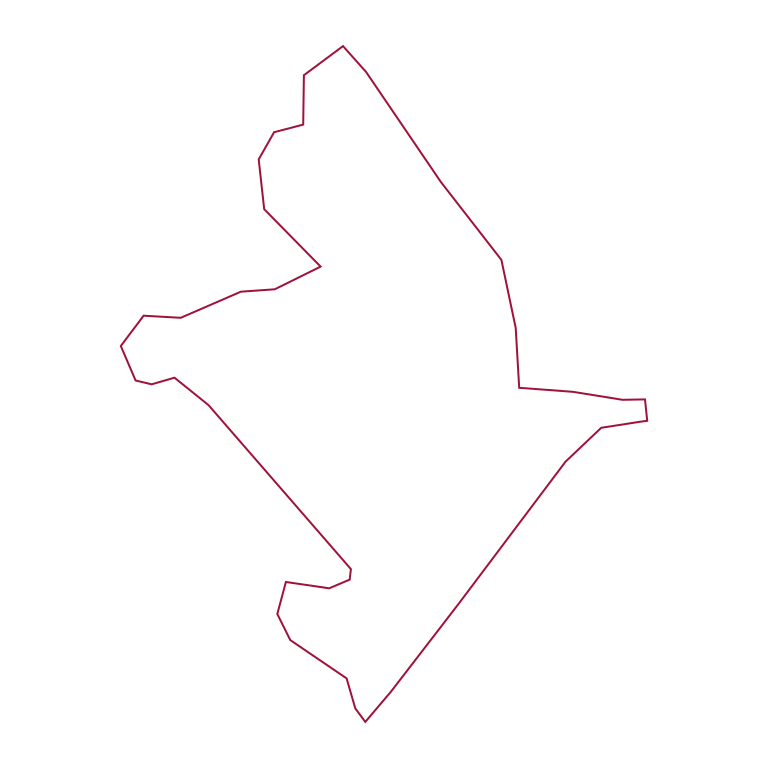 Midlothian, Mercator projection, rotated 90°
{"feature_id": "GBR-2024", "entity_name": "Midlothian", "entity_type": "Unitary District", "adm_level": 1, "iso_a3": "GBR", "parent_name": "United Kingdom", "parent_adm1": "", "projection": "mercator", "projection_center": [-3.084, 55.83], "detail": "fine", "context": "isolated", "style": "outline", "palette": "rose", "viewbox_px": 768, "rotation_deg": 90, "n_neighbors": 0, "source": "natural_earth", "source_scale": "10m", "svg_char_len": 654}
<svg xmlns="http://www.w3.org/2000/svg" viewBox="0 0 768 768"><g transform="rotate(90 384 384)"><path d="M399.4,123.0L420.8,120.8L420.9,121.3L421.8,128.4L427.8,166.8L461.7,202.5L603.7,309.3L691.6,377.0L721.9,402.7L708.4,412.7L678.4,421.4L640.1,477.7L614.0,490.7L582.0,482.1L588.3,438.8L579.6,418.3L569.1,417.1L405.1,559.5L377.7,593.5L384.3,616.4L380.5,632.4L346.0,647.2L315.7,624.4L317.8,587.3L291.7,527.2L289.3,493.3L266.6,447.4L209.2,503.8L159.4,509.3L132.2,493.9L124.6,464.8L75.2,464.1L46.1,425.0L72.0,401.9L181.9,327.2L259.9,266.6L327.9,252.3L387.8,248.8L391.8,195.3L399.8,145.4L399.4,123.0Z" fill="none" stroke="#9f1239" stroke-width="2"/></g></svg>